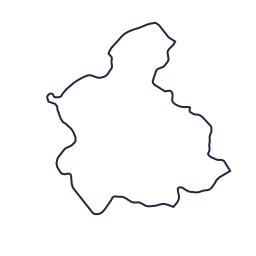 SVG path tracing the border of Laoighis, rotated 249°
{"feature_id": "IRL-723", "entity_name": "Laoighis", "entity_type": "County", "adm_level": 1, "iso_a3": "IRL", "parent_name": "Ireland", "parent_adm1": "", "projection": "orthographic", "projection_center": [-7.345, 52.994], "detail": "fine", "context": "isolated", "style": "outline", "palette": "slate", "viewbox_px": 256, "rotation_deg": 249, "n_neighbors": 0, "source": "natural_earth", "source_scale": "10m", "svg_char_len": 2741}
<svg xmlns="http://www.w3.org/2000/svg" viewBox="0 0 256 256"><g transform="rotate(249 128 128)"><path d="M217.9,168.7L217.5,173.8L217.7,183.4L217.6,184.9L216.5,191.0L214.9,192.5L212.4,194.0L198.1,198.4L191.8,203.0L189.6,200.5L188.5,198.1L188.0,196.9L187.0,194.7L186.3,193.6L185.5,192.7L184.4,192.0L177.7,190.5L176.3,189.5L175.4,188.5L174.2,186.3L172.9,184.2L172.5,182.9L172.4,181.4L172.5,178.2L172.4,176.8L172.0,175.7L171.2,174.7L163.6,168.4L162.5,167.7L160.9,167.6L158.9,168.2L149.0,175.6L148.7,176.8L148.1,179.6L147.5,180.8L146.4,181.6L144.9,181.9L142.4,181.3L138.4,179.3L137.0,179.0L135.4,179.4L133.5,180.4L130.9,182.6L129.6,184.2L128.6,185.5L127.4,187.9L126.1,191.7L125.5,192.7L124.8,193.2L123.5,192.3L122.2,191.7L120.6,191.8L118.0,193.8L116.7,195.3L115.9,196.9L115.4,198.2L113.9,199.8L111.4,201.5L100.0,206.0L98.3,205.9L95.5,204.9L94.1,204.0L91.2,201.4L90.2,200.9L87.1,199.9L82.6,197.6L78.9,196.6L77.3,195.5L76.1,194.4L75.3,193.5L73.6,193.6L71.2,194.9L66.7,199.4L65.4,201.8L64.8,203.7L63.8,204.9L62.5,205.9L51.3,208.0L49.2,195.8L47.6,191.8L45.6,189.6L44.3,187.7L42.1,184.3L41.4,182.1L41.4,180.3L42.5,176.3L42.7,171.9L43.1,169.5L43.8,167.8L46.2,163.1L46.9,162.1L48.6,160.4L52.6,157.5L53.5,156.3L54.2,154.8L54.0,153.5L53.3,152.6L52.0,152.2L45.9,151.1L44.7,150.6L42.6,149.2L41.8,148.3L40.4,146.4L38.1,142.1L41.8,137.9L43.7,135.3L44.3,134.2L44.7,132.9L45.0,131.5L45.6,125.9L46.9,120.8L47.9,118.3L48.6,117.3L49.4,116.3L53.1,113.3L53.9,112.4L54.7,111.4L55.2,110.2L56.0,107.5L56.6,106.3L57.3,105.3L58.3,104.3L63.9,100.2L65.6,98.3L66.2,97.1L66.6,95.8L67.2,94.5L68.4,92.3L68.9,91.1L69.0,89.9L68.6,88.7L68.0,87.9L66.4,86.1L60.2,76.9L59.0,74.6L58.6,73.5L58.3,72.2L58.2,70.8L58.4,69.3L58.8,67.9L59.3,66.7L60.0,65.6L61.6,64.6L91.5,55.3L93.5,55.2L96.1,55.5L103.4,57.6L105.4,57.7L106.5,56.5L107.0,55.3L107.3,53.2L107.6,52.1L108.2,51.1L108.9,50.1L111.2,48.9L116.9,48.0L118.7,48.2L120.7,48.6L123.7,50.5L125.2,51.8L126.2,53.2L131.2,61.6L131.5,63.0L131.7,67.7L132.0,69.1L132.5,70.3L133.5,72.7L134.1,73.8L135.6,74.7L138.0,75.6L143.7,75.5L147.7,74.7L154.8,71.0L156.7,69.5L160.9,68.5L170.8,68.8L173.4,69.6L176.6,68.6L181.2,63.2L185.6,63.5L186.7,64.3L187.8,65.9L188.0,67.4L187.6,68.8L186.9,69.6L185.8,70.0L184.7,70.0L183.6,70.2L182.8,71.1L182.2,72.3L181.5,74.7L181.5,76.2L181.7,77.1L183.1,78.6L186.3,84.4L189.5,93.4L190.7,98.5L191.5,104.7L191.5,109.5L191.2,110.4L190.7,111.8L190.0,112.9L186.0,117.5L185.3,118.8L184.7,120.7L184.4,124.1L184.8,126.5L185.5,128.1L186.2,129.3L187.0,130.2L188.4,132.2L189.0,133.2L189.7,134.2L190.8,134.9L192.1,135.4L195.0,136.0L197.4,137.1L198.4,137.7L199.5,138.1L201.6,137.6L204.2,136.5L206.2,138.0L208.8,141.3L215.9,155.3L217.1,158.4L217.8,162.8L217.9,164.2L217.9,168.7Z" fill="none" stroke="#1e293b" stroke-width="2"/></g></svg>